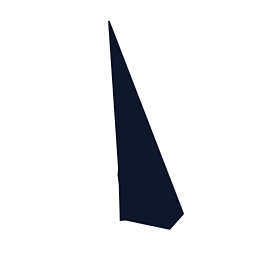 N'beiket Lehouach, Hodh ech Chargui, Mauritania (Natural Earth projection), rotated 345°
{"feature_id": "47542326B78705057775708", "entity_name": "N'beiket Lehouach", "entity_type": "district", "adm_level": 2, "iso_a3": "MRT", "parent_name": "Mauritania", "parent_adm1": "Hodh ech Chargui", "projection": "natural_earth1", "projection_center": [-6.344, 18.2], "detail": "fine", "context": "isolated", "style": "filled", "palette": "ink", "viewbox_px": 256, "rotation_deg": 345, "n_neighbors": 0, "source": "geoboundaries", "source_scale": "gbopen_adm2", "svg_char_len": 324}
<svg xmlns="http://www.w3.org/2000/svg" viewBox="0 0 256 256"><g transform="rotate(345 128 128)"><path d="M158.8,225.4L159.1,224.8L137.2,19.7L108.6,165.1L106.5,170.9L105.4,178.8L105.2,180.3L99.0,206.5L96.9,215.1L102.0,216.0L123.5,226.9L142.1,236.3L158.8,225.4Z" fill="#0f172a" stroke="#020617" stroke-width="1.5"/></g></svg>